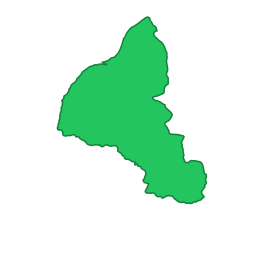 the district of Contadero, Nariño, Colombia, rotated 67°
{"feature_id": "7082276B82030364647033", "entity_name": "Contadero", "entity_type": "district", "adm_level": 2, "iso_a3": "COL", "parent_name": "Colombia", "parent_adm1": "Nariño", "projection": "natural_earth1", "projection_center": [-77.512, 0.928], "detail": "fine", "context": "isolated", "style": "filled", "palette": "green", "viewbox_px": 256, "rotation_deg": 67, "n_neighbors": 0, "source": "geoboundaries", "source_scale": "gbopen_adm2", "svg_char_len": 5780}
<svg xmlns="http://www.w3.org/2000/svg" viewBox="0 0 256 256"><g transform="rotate(67 128 128)"><path d="M221.3,84.9L220.1,85.0L218.5,85.5L217.5,85.7L216.5,85.6L215.7,85.3L215.0,84.8L214.4,84.0L213.5,82.5L212.9,81.2L212.5,80.6L212.2,80.3L211.2,80.0L210.7,79.7L209.8,78.0L209.1,77.3L208.6,77.0L207.5,77.1L206.7,77.0L206.1,76.8L204.6,75.9L203.8,75.0L202.0,74.3L201.4,74.2L201.2,74.2L199.9,75.1L199.0,75.5L198.9,75.6L197.7,74.9L196.2,74.7L194.6,74.2L191.7,73.8L189.6,73.8L188.2,74.2L187.3,75.0L186.6,75.8L185.6,77.4L185.0,78.1L183.7,80.5L183.5,81.4L182.9,82.1L182.7,82.4L182.8,84.1L183.2,84.9L183.3,86.4L182.3,88.2L181.9,88.6L180.9,88.9L178.1,88.6L177.3,89.0L176.0,88.2L175.0,87.2L174.7,87.1L173.3,87.0L172.4,86.7L170.7,86.4L169.9,85.9L169.7,85.8L169.1,85.9L168.8,85.7L167.3,85.4L166.3,85.5L165.3,84.9L163.8,84.6L162.7,84.5L161.6,84.0L161.3,83.7L159.5,81.3L159.1,81.1L158.2,79.9L156.9,80.2L156.6,80.5L155.4,82.3L154.4,83.4L153.8,84.2L152.2,87.2L151.1,89.8L150.4,90.8L149.7,91.5L148.5,92.2L148.0,92.2L147.5,91.8L146.7,91.4L145.9,91.5L144.2,91.9L143.4,91.7L142.5,91.8L140.5,92.5L139.6,92.7L138.8,92.6L138.1,92.2L137.8,92.0L137.5,91.4L137.2,87.7L136.5,86.3L136.3,85.9L135.5,84.8L134.8,83.6L134.2,83.2L133.6,82.5L132.7,82.1L132.1,82.1L131.1,82.3L129.2,82.9L124.7,85.0L123.5,85.3L123.0,85.3L121.8,85.2L121.2,85.0L119.6,86.3L116.8,88.1L115.5,89.3L114.4,90.5L113.3,92.2L111.2,93.4L110.7,93.6L110.0,93.6L109.5,93.3L109.4,93.0L109.3,92.3L109.5,90.9L110.0,88.6L110.0,85.0L109.9,82.2L109.8,81.4L108.3,80.3L106.4,79.4L105.5,78.9L104.6,78.0L103.8,76.6L103.3,74.9L103.2,73.9L101.5,72.9L99.4,72.3L98.1,71.5L97.5,71.4L96.5,71.7L95.3,71.9L94.8,71.9L93.4,71.5L92.7,71.1L91.9,70.4L90.9,69.3L90.3,68.9L87.4,67.9L83.3,67.0L82.2,66.7L80.2,65.7L78.4,64.5L77.9,64.2L76.3,63.9L74.9,63.2L73.8,62.9L73.2,62.9L72.4,62.8L70.9,63.0L67.4,62.7L64.5,63.0L62.4,63.6L59.3,65.4L56.4,66.6L54.6,67.5L53.8,67.7L51.5,67.6L50.8,67.3L50.5,67.1L50.1,66.3L49.8,64.9L49.8,63.8L49.9,63.4L46.4,62.9L45.9,63.0L44.8,63.5L43.5,64.6L42.8,64.9L41.0,64.9L39.2,65.1L37.6,65.7L35.8,65.1L35.3,65.2L34.5,65.6L33.7,66.3L33.5,66.7L33.4,67.6L33.4,68.7L34.0,70.9L34.3,72.9L35.6,77.1L36.4,81.1L36.6,82.2L36.7,84.7L36.9,85.7L37.2,86.6L37.8,88.0L39.5,91.1L40.3,92.3L41.4,93.5L42.8,94.9L44.0,97.0L44.6,97.6L48.2,100.4L52.2,104.1L54.5,106.8L55.6,108.4L57.3,112.3L57.5,113.0L57.4,113.9L57.1,115.0L57.1,116.1L57.3,117.4L57.8,118.5L58.1,120.2L58.1,120.8L58.0,121.4L58.0,123.3L57.7,124.4L57.5,125.8L60.0,124.6L60.4,123.9L60.8,122.8L60.9,122.7L61.1,122.7L61.0,123.6L60.8,124.3L59.6,125.9L58.3,128.5L58.0,129.6L57.7,132.2L56.9,133.8L56.8,134.4L56.9,135.8L56.9,136.6L56.6,139.0L56.7,139.9L57.3,142.5L57.7,143.9L58.0,145.1L58.2,146.0L58.2,147.0L58.6,147.6L58.9,148.4L59.6,149.5L60.5,150.5L60.9,151.1L61.3,152.7L62.3,153.8L62.4,155.3L62.5,155.6L64.1,157.0L64.6,158.3L65.1,158.9L65.8,162.3L66.5,163.6L67.0,164.2L67.7,164.6L68.1,165.0L68.4,165.5L68.9,166.7L70.0,167.7L71.1,168.2L71.3,168.4L71.3,168.9L72.6,170.3L72.8,170.8L73.5,173.5L73.6,174.4L74.9,175.2L75.9,175.9L76.3,176.8L76.6,177.7L76.9,178.0L77.3,178.4L77.7,178.4L78.5,177.9L80.0,179.0L81.5,179.7L81.9,180.0L82.5,180.5L82.9,181.2L83.5,181.8L85.1,182.0L85.5,182.6L86.3,182.8L86.6,183.1L87.2,184.1L87.6,184.3L88.4,184.6L89.9,185.9L90.7,186.1L91.4,186.5L92.6,187.0L93.2,187.4L94.0,188.4L94.4,188.7L95.6,189.2L97.1,190.6L99.8,192.4L100.3,193.0L100.8,193.0L101.1,193.2L101.4,193.3L102.0,193.2L102.5,193.0L102.7,192.7L103.3,191.1L103.9,190.4L105.2,189.7L106.2,189.6L106.8,189.8L108.0,190.3L109.0,190.5L109.6,190.4L110.4,189.5L111.0,188.6L111.7,185.6L112.0,185.2L112.4,184.1L112.6,181.9L113.0,180.7L113.3,179.9L113.6,179.7L113.9,179.6L114.9,179.4L115.4,179.5L115.8,179.3L116.2,178.6L116.5,177.5L116.8,177.0L117.2,176.6L117.5,176.5L118.3,176.6L119.1,176.3L119.9,175.7L121.4,174.6L122.0,173.8L123.6,172.7L125.1,172.2L126.8,171.9L128.9,169.8L129.3,169.3L129.9,168.0L130.1,166.9L130.8,164.5L131.6,162.7L132.4,161.7L132.6,160.7L132.8,160.4L133.2,160.0L133.4,159.9L134.1,160.2L134.6,159.8L135.0,159.3L135.3,158.7L135.3,157.9L135.1,156.8L134.8,156.0L134.8,154.7L135.0,154.4L135.3,154.0L136.2,153.4L137.0,152.1L137.8,151.4L138.1,150.8L138.3,150.1L138.7,147.7L139.0,147.0L139.4,146.6L140.0,145.9L140.4,145.6L141.6,145.3L142.1,145.3L144.0,145.8L144.8,146.3L145.1,146.4L145.4,146.3L147.7,145.0L148.8,144.2L149.3,144.0L150.3,144.1L151.0,144.0L151.3,143.8L152.0,142.8L152.5,142.6L154.3,143.0L155.0,142.8L155.8,142.2L156.1,141.8L156.3,141.5L156.4,140.8L156.7,140.2L156.9,139.9L157.3,139.5L158.0,139.2L158.6,138.4L159.1,138.1L159.4,138.1L160.1,137.6L160.8,136.8L162.1,134.8L162.4,134.6L162.7,134.7L163.5,135.7L163.7,135.9L164.3,136.0L164.7,135.9L165.0,135.2L164.5,133.9L164.6,133.5L165.1,133.4L166.5,133.9L167.1,133.6L167.7,132.9L168.5,131.5L168.8,131.2L169.2,131.1L170.0,131.5L170.5,131.5L173.7,129.2L174.5,129.0L175.5,129.0L176.2,129.2L176.9,129.4L177.7,129.8L179.8,131.9L180.7,132.5L181.5,133.6L181.6,134.3L181.8,134.5L183.2,134.5L184.4,134.4L185.0,133.7L185.8,132.6L186.3,132.1L186.8,131.3L187.1,130.9L187.3,130.9L187.9,131.3L188.8,132.3L189.1,132.5L191.1,134.6L191.9,135.7L192.6,136.5L193.2,136.9L193.8,137.0L194.4,136.9L194.9,136.5L195.7,135.2L196.9,132.5L197.2,131.8L197.2,131.0L198.0,129.6L199.1,128.9L200.6,128.7L201.6,128.3L201.8,128.3L202.2,128.0L203.0,127.2L203.5,125.4L203.9,124.6L204.2,124.4L205.6,124.1L206.0,123.7L206.2,122.6L205.8,120.9L205.8,119.0L205.9,117.7L206.2,116.8L207.3,115.4L207.6,114.4L207.9,113.9L208.2,113.6L208.6,113.4L210.1,113.4L211.0,113.0L215.6,110.4L216.2,109.8L217.5,107.8L217.7,106.6L218.0,105.7L218.7,104.9L219.9,103.9L220.3,103.2L220.9,101.3L221.3,100.8L221.8,100.2L222.1,99.2L222.2,98.0L221.8,96.7L221.8,96.0L221.8,95.7L222.2,95.5L222.4,95.1L222.6,94.3L222.4,91.8L222.6,90.0L222.6,88.9L221.5,86.2L221.3,85.4L221.3,84.9Z" fill="#22c55e" stroke="#15803d" stroke-width="1.5"/></g></svg>